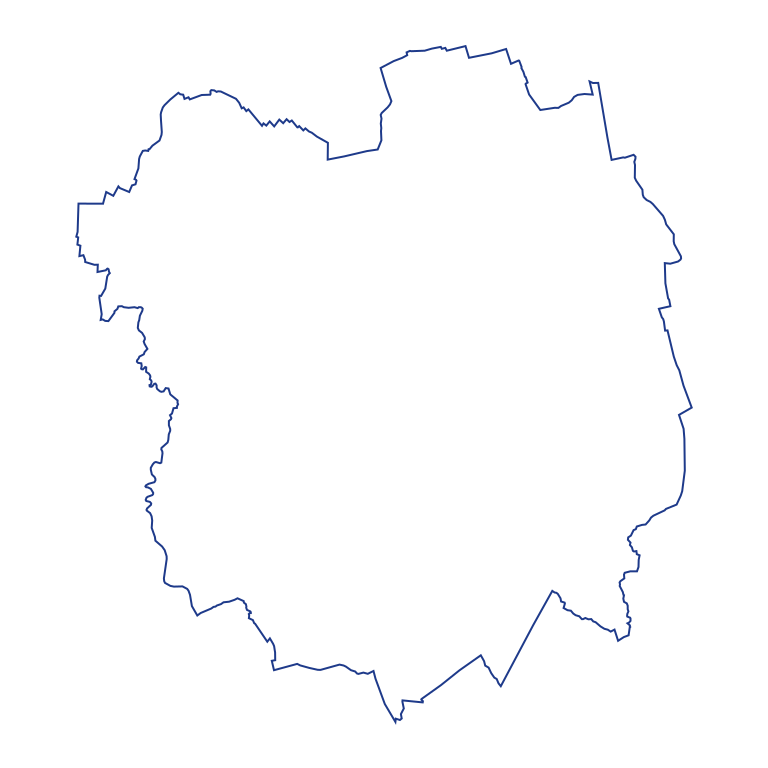 the district of Damnoen Saduak, Ratchaburi, Thailand
{"feature_id": "78962969B9936317507075", "entity_name": "Damnoen Saduak", "entity_type": "district", "adm_level": 2, "iso_a3": "THA", "parent_name": "Thailand", "parent_adm1": "Ratchaburi", "projection": "robinson", "projection_center": [99.957, 13.565], "detail": "fine", "context": "isolated", "style": "outline", "palette": "blue", "viewbox_px": 768, "rotation_deg": 0, "n_neighbors": 0, "source": "geoboundaries", "source_scale": "gbopen_adm2", "svg_char_len": 6058}
<svg xmlns="http://www.w3.org/2000/svg" viewBox="0 0 768 768"><path d="M636.1,180.6L634.8,177.7L635.0,165.0L634.3,161.9L635.4,158.8L635.5,156.7L633.6,154.8L624.9,157.7L623.2,157.4L611.6,159.9L607.4,137.4L598.2,82.9L592.9,83.0L589.6,81.5L592.7,94.6L584.5,94.0L577.6,94.9L574.1,96.9L571.7,100.3L568.8,102.7L561.0,106.0L558.4,107.9L554.7,107.8L540.3,110.0L529.1,94.5L525.6,84.3L525.7,83.7L527.6,82.6L525.7,77.1L524.9,76.7L523.4,71.8L521.4,68.1L521.6,67.0L519.2,60.7L518.6,60.5L511.0,63.8L506.1,49.0L491.7,53.3L469.0,57.8L465.5,46.1L446.8,50.7L445.3,47.9L441.8,48.8L440.8,46.9L431.9,48.6L424.7,50.7L411.4,51.2L409.9,50.9L406.6,52.4L407.2,55.2L402.1,57.9L393.7,61.1L380.6,68.0L386.2,86.8L391.4,101.1L390.0,104.4L387.6,107.4L381.7,113.0L380.7,114.9L381.5,118.6L380.8,123.6L381.3,128.1L381.0,131.1L381.4,140.3L377.7,149.5L366.9,151.1L344.2,156.4L327.7,159.6L327.9,142.8L316.9,136.6L311.8,132.7L309.0,131.5L305.4,128.4L303.3,130.4L299.2,126.1L297.8,127.4L297.3,127.3L291.8,120.5L289.5,122.0L286.6,119.2L283.2,123.2L279.3,119.6L274.2,126.4L269.7,121.4L266.3,125.6L263.5,123.4L262.0,125.8L248.4,109.4L246.3,111.1L243.6,107.4L241.7,108.3L239.2,102.8L236.0,98.8L220.8,91.5L218.1,91.3L216.6,91.9L214.3,90.4L211.3,90.1L210.4,91.2L210.6,93.8L210.2,94.7L201.7,95.0L189.8,99.4L188.5,97.3L184.5,98.9L183.2,94.7L180.3,94.3L178.4,92.8L170.3,99.5L164.5,105.2L162.8,107.5L161.1,112.3L160.7,114.5L161.0,120.5L161.8,132.0L161.5,134.9L159.5,140.5L152.4,145.7L149.5,149.2L148.6,149.2L148.2,150.9L145.2,150.5L142.8,150.9L139.8,156.5L139.1,159.0L138.4,168.4L134.5,179.1L136.0,179.8L136.5,180.6L135.5,184.3L132.0,185.4L129.2,192.0L119.9,188.1L118.4,186.4L113.3,195.8L106.2,192.0L103.0,203.7L78.5,203.6L77.6,231.9L76.3,236.7L78.2,237.4L77.4,244.6L80.4,245.7L79.4,256.1L83.4,255.2L85.1,259.7L85.2,262.0L94.4,264.8L97.8,264.7L97.5,272.0L105.8,270.3L107.1,268.8L107.7,268.6L108.6,269.3L109.0,271.8L109.8,273.1L108.0,275.0L107.2,276.6L105.3,288.6L101.1,295.9L99.5,295.7L99.3,297.7L101.7,314.2L100.7,319.9L102.7,319.4L105.2,320.9L108.4,321.1L114.4,312.9L114.5,311.3L117.4,308.9L118.3,306.4L121.9,306.2L123.8,307.2L128.6,307.8L134.5,307.2L137.7,308.1L138.8,307.2L140.8,307.2L141.8,307.7L142.7,308.7L142.3,310.8L139.9,315.7L139.2,320.2L138.4,322.3L137.8,327.9L138.9,330.4L142.1,332.9L144.7,337.3L144.9,339.1L143.7,341.5L144.6,344.0L147.4,348.9L144.6,352.0L143.8,354.3L139.4,356.6L138.6,358.5L137.1,360.3L136.9,361.7L138.1,362.9L141.3,363.3L141.7,365.9L141.1,368.7L141.7,369.2L142.9,369.4L145.2,367.0L146.2,367.4L146.1,371.8L148.8,373.6L150.1,375.4L150.4,376.8L149.8,379.2L151.2,380.4L151.6,381.8L150.9,384.6L149.5,385.1L149.7,386.4L151.2,386.8L152.3,386.4L154.3,383.8L155.5,383.6L156.6,385.3L156.6,387.5L157.2,389.0L159.8,391.2L161.3,391.8L163.6,391.4L165.7,388.1L168.5,388.5L170.3,394.4L177.6,400.5L177.5,402.9L178.1,404.2L176.9,406.5L176.9,407.9L173.5,408.2L172.0,413.5L170.0,415.2L171.4,418.1L170.9,419.3L168.9,421.0L168.9,425.3L170.2,429.0L170.2,430.8L168.8,434.3L168.3,439.9L167.6,442.5L161.5,447.9L161.3,449.4L162.3,451.4L162.5,453.3L161.3,462.6L160.0,463.2L155.9,462.0L154.4,462.5L152.8,464.3L150.8,467.8L150.8,469.8L151.9,474.5L154.6,477.1L155.4,478.9L155.4,480.5L154.4,482.2L148.6,483.8L145.9,485.4L145.4,486.4L146.1,487.2L147.9,487.4L150.9,488.9L153.2,492.8L153.1,494.1L152.3,495.1L147.6,496.8L146.5,497.7L145.7,499.9L146.3,501.0L149.9,501.9L151.2,503.4L151.0,504.8L147.1,508.4L146.5,509.9L146.8,510.6L150.1,513.1L151.6,516.3L152.2,520.6L151.7,527.9L154.9,536.9L155.4,540.7L162.1,546.5L164.7,550.2L166.6,556.2L166.7,559.0L163.9,578.4L164.2,581.2L165.0,582.9L170.4,585.9L173.9,586.6L182.5,586.4L187.2,588.9L188.5,590.7L190.0,594.8L191.9,606.1L197.3,615.5L200.7,613.0L211.3,608.5L213.5,606.9L215.5,606.6L216.9,605.5L221.0,604.1L223.5,602.3L229.1,601.7L234.6,599.8L237.5,598.3L243.7,601.1L243.9,602.6L245.9,604.2L246.4,606.5L246.2,607.7L247.0,609.9L250.3,611.4L250.8,612.2L250.8,613.1L249.6,613.2L248.8,614.0L249.2,615.4L248.9,618.2L252.9,620.1L254.2,623.2L255.1,623.7L267.3,641.7L269.9,638.4L273.1,643.8L274.1,646.1L275.1,652.5L275.2,660.2L271.8,660.8L274.0,670.2L297.2,663.9L300.2,665.4L309.2,667.9L317.7,669.8L320.5,669.9L339.5,664.6L343.6,665.5L345.9,666.6L351.0,670.2L355.2,671.5L357.0,673.5L358.4,673.9L363.4,672.6L367.8,673.8L373.5,671.0L375.5,678.7L384.8,704.0L395.4,721.9L395.8,718.7L399.9,720.0L401.7,718.5L400.9,714.1L403.8,708.5L402.4,701.7L402.5,700.4L422.7,702.4L422.9,701.2L421.3,699.6L421.5,699.0L441.0,685.1L459.5,670.3L480.8,655.3L484.1,661.2L485.2,665.6L488.6,667.6L491.2,673.1L494.3,677.6L496.7,679.0L498.5,683.3L500.8,686.2L533.1,625.3L552.3,590.9L554.6,592.5L556.4,592.8L557.8,593.9L560.5,598.3L561.1,601.5L564.6,602.6L564.9,603.5L563.6,608.0L567.5,610.2L570.9,610.7L573.2,613.5L575.6,615.2L579.3,616.3L581.8,619.1L583.1,619.1L585.3,618.0L588.4,619.3L591.3,619.1L593.2,621.4L595.6,622.2L600.5,626.4L604.4,628.8L607.8,629.7L610.7,631.6L614.5,629.6L618.1,640.8L623.8,637.1L628.6,635.3L629.7,627.6L630.2,627.0L629.8,626.5L629.9,625.4L627.5,623.3L629.0,622.6L630.5,620.9L630.5,618.5L630.1,617.7L627.3,616.6L627.1,616.0L627.3,613.9L628.4,611.4L627.7,609.2L627.7,605.7L626.8,603.4L624.0,601.8L623.3,598.6L624.0,595.2L623.5,594.9L622.8,592.0L619.7,586.0L620.0,584.4L619.6,582.4L620.5,581.1L624.3,578.4L624.0,574.6L624.7,572.8L630.4,571.3L637.0,571.3L638.5,567.0L638.7,559.9L639.6,555.3L636.8,554.2L636.4,551.1L634.0,551.5L632.9,550.8L631.9,547.3L629.9,545.0L630.5,542.6L627.9,539.8L628.2,537.4L630.9,535.6L633.6,530.1L635.8,529.2L636.8,526.5L642.0,524.9L645.6,524.5L649.3,520.4L651.0,517.6L653.4,515.7L664.6,510.4L666.0,508.9L676.6,504.6L680.8,495.5L682.2,491.2L684.8,470.7L684.4,438.9L683.6,428.8L679.0,414.9L691.7,407.6L683.5,385.6L679.3,370.3L676.7,365.2L673.8,356.6L667.5,330.4L665.1,330.6L663.9,321.5L663.2,319.1L661.8,317.3L658.9,308.8L670.4,306.2L669.1,299.6L668.1,298.4L665.4,283.3L664.8,263.1L670.3,263.7L678.1,261.5L680.5,259.6L681.1,258.4L680.9,256.3L674.3,244.2L673.7,241.3L673.8,234.3L666.2,224.4L664.9,219.8L663.1,215.9L652.8,204.0L650.4,201.9L646.6,200.0L643.7,197.2L642.8,194.8L642.4,189.7L636.1,180.6Z" fill="none" stroke="#1e3a8a" stroke-width="2"/></svg>